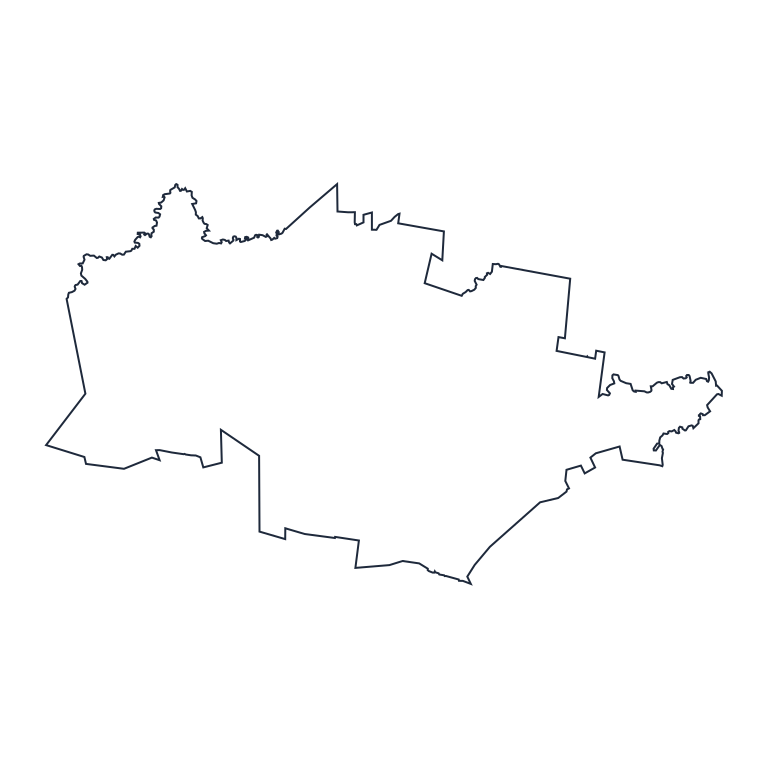 Burgos, Tamaulipas, Mexico
{"feature_id": "50627088B41122699535923", "entity_name": "Burgos", "entity_type": "district", "adm_level": 2, "iso_a3": "MEX", "parent_name": "Mexico", "parent_adm1": "Tamaulipas", "projection": "robinson", "projection_center": [-98.996, 24.926], "detail": "fine", "context": "isolated", "style": "outline", "palette": "slate", "viewbox_px": 768, "rotation_deg": 0, "n_neighbors": 0, "source": "geoboundaries", "source_scale": "gbopen_adm2", "svg_char_len": 6086}
<svg xmlns="http://www.w3.org/2000/svg" viewBox="0 0 768 768"><path d="M190.2,190.9L186.9,191.5L185.2,188.2L184.0,189.8L183.0,189.9L182.0,189.0L180.9,190.8L180.1,190.9L178.9,188.6L177.6,187.3L177.5,184.8L176.2,184.1L175.3,184.9L174.7,187.4L170.4,189.9L170.1,191.0L170.4,192.8L169.8,193.5L164.7,194.2L163.2,195.0L162.8,196.8L164.0,196.5L164.6,197.3L163.6,200.4L161.2,202.5L158.8,202.9L159.0,203.9L161.3,206.3L161.1,208.3L160.1,209.0L156.3,208.8L154.8,209.4L154.3,210.3L154.5,211.6L155.3,212.5L158.4,213.0L160.1,214.3L159.5,216.6L158.6,217.6L155.7,217.5L153.8,218.9L154.0,219.8L156.1,220.5L157.0,222.5L156.5,225.7L154.7,226.0L152.5,227.5L152.5,228.2L153.8,229.6L153.8,231.7L151.6,233.2L151.3,234.6L151.6,236.2L150.8,237.3L149.7,236.8L148.9,234.2L148.1,233.6L147.1,233.6L145.0,235.1L144.2,234.5L144.9,233.1L144.3,232.6L137.8,232.7L137.7,234.0L139.9,234.3L140.6,236.4L140.1,237.3L138.9,236.6L137.6,237.1L135.2,239.8L134.4,241.5L134.8,242.6L138.0,242.9L139.3,243.8L139.5,245.8L137.7,247.7L135.7,246.0L134.5,248.8L132.3,248.8L131.3,250.7L130.3,251.2L125.8,251.7L123.9,254.6L122.2,254.7L120.2,253.5L118.5,253.4L115.8,254.7L114.4,256.4L113.3,254.9L112.3,254.8L109.3,258.8L108.4,258.5L107.7,257.2L106.8,257.2L107.1,259.1L105.7,260.3L103.4,260.0L101.9,257.5L99.3,256.5L97.9,257.8L96.8,258.0L93.9,255.6L90.2,255.8L88.2,254.5L86.5,254.3L83.8,255.9L83.6,256.8L84.5,259.7L82.7,263.4L79.7,263.5L78.5,264.2L80.0,266.0L81.4,265.8L82.0,267.1L82.2,269.8L80.9,273.4L81.4,275.6L85.2,278.9L87.4,281.7L87.5,282.7L84.6,284.7L82.1,283.2L81.5,281.0L80.3,281.0L77.6,284.6L75.6,285.0L75.0,285.7L74.7,286.7L75.5,288.9L74.5,290.7L71.9,292.1L68.9,292.8L68.3,294.4L68.0,297.4L66.6,298.9L85.4,393.7L46.1,445.1L84.4,457.0L86.0,463.9L124.0,468.8L151.9,457.6L159.6,460.2L156.0,450.2L159.6,450.1L171.8,452.5L183.7,454.2L184.6,453.9L185.7,454.5L191.0,455.3L195.8,455.5L200.4,457.3L203.3,467.4L221.8,462.7L220.9,429.8L259.1,455.8L259.5,531.6L285.2,539.1L285.3,528.3L304.7,534.0L334.9,538.0L335.1,536.9L358.9,540.5L355.4,567.9L389.4,565.1L402.6,561.0L419.2,563.4L427.8,568.7L427.7,570.1L428.9,571.1L432.7,572.6L434.3,572.6L434.8,571.4L435.3,572.3L438.6,573.3L439.3,574.5L444.1,575.3L444.7,576.1L446.0,576.0L458.7,579.5L459.0,580.8L462.9,580.9L470.8,583.9L467.3,576.6L474.7,564.9L489.9,546.8L540.1,502.3L558.2,498.0L566.5,491.6L567.0,489.4L569.0,488.4L565.3,481.0L566.5,469.8L580.9,465.6L584.7,473.4L595.1,467.5L590.4,457.6L595.8,453.3L619.6,446.5L622.6,459.7L659.6,465.3L662.3,466.2L662.7,464.9L661.9,458.2L662.9,452.9L662.5,451.8L663.1,449.4L662.5,448.9L661.6,446.1L659.9,444.9L655.9,450.5L653.8,450.4L653.6,448.7L657.1,443.6L659.3,443.5L659.3,440.8L660.2,437.4L662.5,435.4L663.5,433.5L667.1,434.0L668.3,433.1L668.2,431.9L669.4,431.1L671.7,431.4L674.3,430.0L675.6,431.4L676.1,432.7L678.4,433.3L679.2,432.9L679.2,432.2L678.5,430.9L678.9,427.9L680.0,426.7L682.3,427.4L682.4,428.7L685.0,430.5L685.9,430.3L688.5,426.3L691.6,425.4L692.7,425.8L693.4,428.2L698.5,423.3L698.5,420.3L699.0,419.5L700.2,419.2L700.2,418.2L700.1,416.4L698.9,415.9L698.9,415.2L699.6,415.0L700.2,413.8L700.8,413.4L702.7,414.1L703.0,415.2L704.8,415.2L710.1,411.3L707.7,407.5L707.1,405.1L717.0,394.3L718.4,394.0L721.7,395.7L721.9,390.8L717.0,385.5L716.1,385.7L715.7,381.4L711.6,373.4L709.7,371.7L708.6,372.2L709.0,372.5L708.3,373.4L709.1,377.6L708.8,380.5L708.1,381.7L707.0,381.2L706.2,379.0L700.7,377.8L695.7,379.8L693.1,382.8L690.7,382.8L690.2,382.6L690.6,380.9L689.6,376.1L688.7,375.0L687.0,375.0L686.2,376.0L686.7,377.4L685.7,378.3L683.5,378.5L682.0,377.1L680.0,377.2L672.7,379.9L672.0,384.0L674.0,386.6L672.9,387.3L673.0,389.0L671.3,388.8L669.3,385.2L667.5,384.2L666.8,382.0L661.7,383.3L660.1,382.1L658.5,382.1L656.9,382.7L652.6,386.3L650.8,386.3L651.5,390.1L651.2,391.0L650.1,391.9L648.0,392.5L646.6,392.4L644.4,391.3L636.8,390.7L635.6,390.6L635.7,391.8L634.1,391.5L632.7,390.3L630.6,383.9L626.2,383.2L620.6,380.8L619.5,379.5L618.5,376.0L617.8,375.1L613.5,374.4L612.4,375.4L612.3,378.2L613.9,381.2L614.3,383.4L610.1,385.0L607.1,388.0L606.9,390.0L609.9,393.3L609.2,394.9L608.1,395.4L602.6,394.0L598.7,396.9L604.6,352.4L596.2,350.7L595.1,358.7L587.9,357.2L587.3,356.4L586.9,357.0L556.6,350.9L558.5,337.1L564.9,338.3L570.2,278.7L501.3,266.0L501.1,266.8L500.4,266.8L499.0,264.3L498.0,263.8L495.9,264.2L492.8,264.0L491.9,271.7L490.1,274.0L488.1,272.8L486.9,273.3L487.1,274.8L484.8,277.0L484.9,277.8L483.4,280.0L478.3,279.1L477.1,277.9L475.9,278.1L475.0,279.2L474.7,280.9L476.6,284.7L475.7,286.2L475.8,287.9L474.3,289.7L471.5,291.1L470.1,291.4L468.7,289.9L467.6,290.1L465.6,292.1L462.8,293.8L461.7,295.8L424.7,283.2L431.6,253.7L442.3,260.3L443.9,231.4L398.2,223.3L399.5,213.7L398.1,214.1L394.6,216.9L391.0,220.8L379.5,224.9L376.5,229.8L371.9,229.7L371.9,212.5L363.5,214.8L363.5,222.4L356.8,225.4L356.3,224.1L355.0,224.1L354.7,222.3L354.9,212.2L348.5,212.3L337.5,211.5L337.1,184.1L309.7,207.5L286.0,229.0L284.7,228.7L282.5,232.8L281.5,233.6L277.5,234.8L277.5,234.0L278.8,232.1L277.8,230.6L277.1,230.7L276.2,232.5L276.8,233.8L276.5,235.6L277.6,236.8L277.2,238.1L275.1,238.7L274.2,237.9L272.4,239.6L271.2,240.0L270.6,238.5L267.0,234.3L266.6,234.7L266.8,236.4L265.8,236.9L262.6,235.2L259.2,234.7L258.7,237.1L258.0,237.5L257.2,237.0L257.4,235.1L256.1,234.8L255.1,235.3L254.1,237.7L248.0,240.4L247.4,239.7L248.3,238.4L248.2,237.5L246.7,236.8L245.2,237.1L245.0,238.2L246.2,237.8L246.8,238.2L246.7,238.9L244.7,241.0L240.8,242.0L240.0,241.5L240.0,239.0L238.9,238.7L236.4,240.1L236.4,237.8L235.7,236.6L234.5,236.3L233.4,236.6L232.9,237.6L232.9,238.9L233.5,239.8L233.3,240.6L230.0,243.4L229.1,242.5L228.6,240.6L226.1,241.0L224.8,239.9L222.9,239.5L220.8,240.2L221.7,242.2L221.1,243.4L219.0,243.0L216.8,243.7L213.2,243.2L208.2,240.7L205.1,241.0L202.3,239.0L201.9,238.2L202.1,237.2L205.2,236.1L206.0,235.3L204.4,233.4L204.1,231.9L206.0,230.8L208.9,230.6L206.7,228.2L207.7,225.0L206.4,224.1L204.5,223.8L203.6,222.7L202.6,220.5L202.8,218.2L202.3,217.1L200.4,218.4L198.8,218.4L197.7,216.1L195.8,214.6L195.9,212.2L195.2,210.1L192.2,204.0L196.1,203.3L196.5,201.0L195.2,199.5L192.5,197.8L191.6,195.4L191.8,191.9L190.2,190.9Z" fill="none" stroke="#1e293b" stroke-width="2"/></svg>